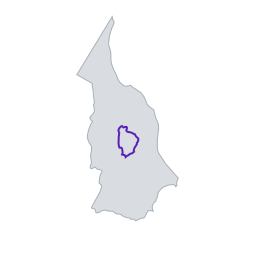 location of Tadla - Azilal within Morocco, rotated 119°
{"feature_id": "MAR-1453", "entity_name": "Tadla - Azilal", "entity_type": "Region", "adm_level": 1, "iso_a3": "MAR", "parent_name": "Morocco", "parent_adm1": "", "projection": "orthographic", "projection_center": [-6.449, 32.083], "detail": "fine", "context": "in_parent", "style": "outline", "palette": "violet", "viewbox_px": 256, "rotation_deg": 119, "n_neighbors": 0, "source": "natural_earth", "source_scale": "10m", "svg_char_len": 3311}
<svg xmlns="http://www.w3.org/2000/svg" viewBox="0 0 256 256"><g transform="rotate(119 128 128)"><path d="M40.3,194.1L41.8,191.7L44.2,190.8L49.1,190.5L56.4,188.9L63.1,186.1L65.0,185.0L67.1,182.6L70.5,179.5L76.7,175.9L79.6,173.9L84.0,168.7L87.0,164.3L89.4,161.5L91.1,159.0L92.3,156.4L93.1,152.3L92.7,150.7L91.0,147.9L89.8,147.2L89.5,145.9L90.2,143.7L90.3,139.9L90.9,133.9L93.0,129.0L97.9,122.7L98.9,120.1L99.5,115.9L99.6,114.4L105.7,108.6L109.2,104.1L110.4,103.0L113.5,101.0L124.1,96.6L130.1,93.4L133.5,91.0L135.6,88.2L141.3,77.2L146.8,61.7L147.3,59.9L149.7,59.4L151.4,59.2L152.8,58.6L154.6,57.4L156.2,57.9L155.4,58.7L155.4,60.6L156.6,62.8L158.7,65.3L162.5,68.4L165.5,69.6L169.6,70.3L174.5,68.8L177.2,68.7L178.5,68.1L180.0,69.0L182.7,69.2L185.3,68.6L187.3,67.2L188.5,65.6L188.7,66.4L188.8,67.2L189.2,67.7L190.1,69.6L190.5,70.4L192.0,70.2L193.4,70.5L196.3,70.2L199.2,70.5L199.6,71.7L200.5,72.7L203.6,74.9L205.4,76.2L205.5,76.7L205.0,77.9L204.8,78.7L205.3,79.6L206.4,80.6L206.5,81.1L206.3,81.7L205.8,82.8L207.1,86.0L207.5,89.2L207.2,91.5L207.3,92.8L207.5,93.9L208.7,96.4L208.2,100.7L209.1,103.0L210.2,104.8L210.9,108.1L211.9,109.7L213.3,111.0L214.2,111.4L215.8,112.5L216.9,113.4L217.7,114.8L216.3,116.1L215.3,117.2L215.0,118.3L215.6,120.1L215.7,121.1L215.0,121.4L212.0,121.5L209.7,121.5L207.1,121.5L203.4,121.5L201.1,121.5L198.0,121.5L196.9,121.6L194.0,122.2L192.0,122.6L191.6,122.7L191.0,123.2L190.6,124.6L190.3,126.1L189.9,126.8L183.8,129.2L181.4,129.6L180.0,129.4L179.0,129.6L178.2,130.1L177.9,130.8L177.9,131.7L178.1,132.7L178.7,133.9L178.9,135.2L178.5,136.1L178.4,137.1L178.3,138.0L178.6,138.6L179.2,138.6L179.8,139.1L180.7,139.5L181.4,140.2L181.4,141.3L180.8,142.0L180.3,142.3L178.0,142.7L176.2,143.0L173.8,144.8L171.3,146.7L168.3,148.1L166.9,148.4L164.6,149.4L161.8,150.9L160.5,153.3L158.8,156.1L157.1,157.9L154.8,159.7L152.7,160.4L150.0,161.2L146.6,161.9L144.2,162.1L143.5,162.3L141.3,162.3L140.3,162.2L139.5,162.1L139.2,162.3L139.1,162.7L139.1,163.7L138.9,164.8L138.2,165.8L137.8,166.2L137.2,166.4L135.4,166.1L133.9,165.8L130.4,165.4L129.6,165.5L129.4,165.6L128.3,166.3L126.5,167.6L125.4,168.8L124.5,169.4L122.4,169.6L121.5,170.1L117.6,173.0L116.8,173.7L112.8,176.2L111.6,177.1L110.7,177.9L108.3,179.8L106.8,180.6L106.5,181.1L106.4,182.3L106.3,184.9L106.3,187.4L106.2,191.0L106.2,194.6L106.1,198.6L38.3,195.8L40.3,194.1Z" fill="#d9dde1" stroke="#a8b0b8" stroke-width="1"/><path d="M145.8,111.2L147.9,112.0L149.7,113.7L151.5,114.4L153.4,115.7L154.6,116.0L154.0,116.7L153.6,117.2L153.3,118.0L153.6,118.7L153.7,119.2L154.2,120.2L154.1,120.5L152.9,120.5L152.3,120.7L151.7,121.0L150.1,122.3L149.1,123.0L148.6,123.8L148.5,124.5L149.0,125.0L149.3,125.9L148.5,127.0L145.7,129.0L141.2,131.3L140.2,131.9L139.5,132.1L136.3,133.4L135.6,134.5L134.8,135.2L133.5,135.5L132.1,135.5L131.2,135.2L130.3,135.0L129.8,134.6L129.2,134.2L129.7,132.2L129.3,131.9L128.2,130.6L127.8,129.9L128.0,129.3L128.7,128.8L130.8,128.4L131.4,127.7L131.6,126.8L131.1,125.1L130.6,123.6L130.3,122.1L130.4,121.0L130.3,120.2L130.4,119.5L130.2,118.8L131.0,117.8L131.7,116.2L132.1,114.3L132.3,113.8L132.8,113.7L134.1,112.9L134.3,113.0L135.1,112.8L136.0,112.9L136.3,112.9L136.6,113.0L136.9,113.0L137.2,112.8L137.6,112.7L138.1,112.4L142.2,112.7L143.3,112.5L145.1,112.0L145.5,111.7L145.8,111.2Z" fill="none" stroke="#5b21b6" stroke-width="2"/></g></svg>